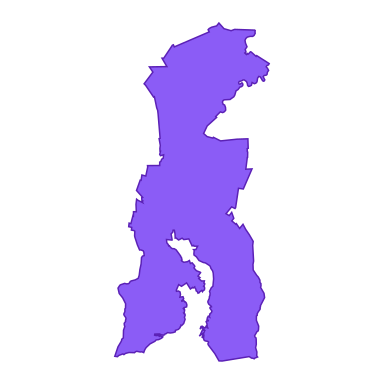 outline of Borosneu Mare, Covasna, Romania
{"feature_id": "2599482B5225346003684", "entity_name": "Borosneu Mare", "entity_type": "district", "adm_level": 2, "iso_a3": "ROU", "parent_name": "Romania", "parent_adm1": "Covasna", "projection": "orthographic", "projection_center": [26.017, 45.82], "detail": "fine", "context": "isolated", "style": "filled", "palette": "violet", "viewbox_px": 384, "rotation_deg": 0, "n_neighbors": 0, "source": "geoboundaries", "source_scale": "gbopen_adm2", "svg_char_len": 6038}
<svg xmlns="http://www.w3.org/2000/svg" viewBox="0 0 384 384"><path d="M269.2,63.6L256.7,55.6L256.1,56.4L251.2,52.0L250.4,51.8L248.5,53.9L247.8,54.2L247.2,53.5L246.4,54.5L244.8,53.0L246.0,52.0L245.2,49.4L247.0,46.8L245.5,43.1L245.0,40.4L245.8,38.5L247.3,37.1L250.0,36.4L252.7,36.4L254.1,35.4L255.2,33.3L255.0,31.9L255.2,30.6L254.7,30.1L234.6,29.4L231.1,30.7L224.0,28.7L218.9,23.0L216.6,25.9L211.6,27.2L209.2,28.5L208.1,29.7L209.2,31.9L174.3,46.9L173.4,44.8L172.4,45.2L163.8,58.1L162.0,58.2L166.9,66.6L149.4,66.9L152.9,72.1L144.1,83.8L145.6,85.3L153.6,97.1L154.4,96.7L156.7,107.8L157.7,110.5L158.1,114.1L160.1,138.3L159.1,138.6L160.3,145.4L159.9,148.5L160.0,151.2L160.5,151.2L159.7,154.4L160.5,155.7L163.6,154.8L163.2,158.2L161.7,159.2L160.8,161.5L159.7,162.1L159.7,165.5L147.5,165.6L147.7,167.0L145.8,176.0L141.9,175.0L141.1,180.3L140.2,180.1L136.5,190.5L142.6,197.3L141.7,197.6L141.9,200.3L142.8,200.9L141.9,201.4L142.6,202.6L138.0,200.3L136.6,199.2L136.0,204.3L136.3,211.7L133.5,211.7L133.4,215.8L133.0,215.4L130.9,223.6L129.1,223.1L128.7,226.7L131.7,227.4L131.4,230.1L134.1,230.6L134.8,231.2L134.6,235.8L134.8,236.9L137.4,244.9L139.6,250.0L140.8,249.9L143.2,250.8L143.8,252.1L144.2,255.6L142.5,256.1L141.5,257.6L141.1,263.9L139.9,269.5L139.2,275.3L138.2,278.3L135.2,279.9L131.3,280.9L130.2,281.5L129.3,283.1L128.4,283.7L126.7,283.9L124.6,283.4L120.7,284.7L119.9,285.2L118.0,288.1L119.2,293.5L122.7,297.9L125.6,303.7L125.5,308.1L124.9,308.9L124.9,311.5L123.8,314.1L124.2,315.4L125.7,317.5L126.0,318.8L125.5,320.2L125.6,321.4L124.2,323.3L124.3,325.0L124.8,326.5L123.5,330.2L123.3,337.9L121.7,339.3L121.7,340.1L121.2,341.4L118.0,346.8L114.8,356.3L117.5,356.7L118.7,355.5L122.9,353.9L123.9,354.6L125.5,353.4L129.0,352.5L134.5,352.7L135.6,351.7L136.8,351.3L140.2,352.0L141.9,351.8L143.7,352.6L144.8,349.7L146.1,347.6L150.0,343.9L154.9,341.3L156.2,339.9L158.7,339.6L160.8,338.6L162.6,337.4L162.8,336.5L161.5,336.6L160.3,335.8L159.3,336.4L158.9,335.9L159.3,335.2L156.5,335.6L155.7,335.2L155.2,335.5L154.6,335.2L154.8,334.1L159.4,333.9L161.6,334.9L163.5,335.0L164.6,334.8L165.1,333.9L166.3,333.6L167.5,332.6L170.2,333.0L173.1,332.6L175.3,331.8L175.4,330.4L178.5,329.3L180.1,327.6L180.0,327.2L181.1,325.7L181.0,325.3L181.7,325.5L183.7,323.5L185.1,319.3L184.4,317.2L185.1,315.6L185.0,314.1L184.2,313.8L183.7,313.0L184.2,312.9L184.6,310.1L184.3,309.9L184.6,309.8L184.2,308.7L183.4,308.3L184.1,307.6L186.6,306.9L186.9,305.0L186.3,303.0L185.4,301.9L184.9,302.0L183.8,300.6L181.9,301.2L181.8,300.6L183.0,299.7L183.7,298.7L183.0,296.7L179.9,297.2L180.5,294.4L180.0,291.9L178.4,291.0L176.5,291.3L176.3,290.2L178.7,284.6L181.5,286.3L186.6,282.9L190.4,289.0L192.5,287.4L193.1,288.0L194.7,286.9L194.9,287.9L195.9,289.2L196.1,290.8L197.2,291.5L198.0,293.2L199.4,292.6L199.5,292.0L201.8,290.4L202.5,291.7L203.3,290.5L204.4,289.9L204.7,288.1L204.3,286.7L203.6,286.3L204.6,284.7L204.7,283.6L203.9,283.1L204.4,280.9L201.5,281.0L198.8,278.6L200.0,277.6L198.0,276.1L200.6,272.6L200.4,272.3L196.4,270.7L194.1,268.1L194.0,267.6L194.8,266.5L194.5,265.6L192.1,262.8L190.4,263.5L189.4,260.5L187.4,261.7L183.8,262.3L181.6,260.9L181.4,260.3L182.0,259.9L181.4,257.3L180.6,256.7L180.6,256.0L179.6,254.6L176.1,249.8L174.2,248.7L172.2,248.6L171.1,247.8L169.7,246.3L169.0,246.1L169.2,245.6L168.5,245.4L168.2,244.5L166.8,242.7L166.5,239.5L172.0,240.1L172.1,239.6L171.1,233.9L172.7,232.3L173.1,230.2L174.1,230.1L174.4,230.3L175.0,233.9L175.2,238.1L175.9,237.9L178.6,240.0L182.1,238.2L183.8,239.6L188.8,238.9L192.1,245.9L193.6,245.4L193.8,246.0L194.4,246.2L197.6,246.2L195.9,249.5L193.6,249.6L194.2,250.3L193.9,253.6L194.0,255.0L196.4,256.8L199.0,260.5L203.3,262.5L205.4,262.9L209.6,265.6L210.3,266.5L210.9,268.4L212.6,270.9L213.2,273.0L213.6,278.9L212.9,286.3L211.4,287.6L209.5,291.4L210.1,293.1L209.9,295.6L209.4,296.5L209.3,298.3L207.9,301.3L207.9,302.3L208.7,304.1L211.3,306.3L211.5,306.8L210.0,307.4L210.0,308.3L211.9,311.0L211.5,312.4L209.7,314.1L209.9,314.8L209.1,316.1L209.5,317.0L208.2,316.3L207.4,317.7L207.0,319.7L208.3,320.4L208.3,320.8L206.5,321.1L206.1,321.6L207.0,323.8L207.2,326.8L207.8,327.9L207.3,327.9L206.2,326.1L205.4,327.5L204.8,328.0L202.2,326.2L201.0,326.5L200.1,329.2L201.0,328.0L202.0,327.7L204.8,330.4L204.4,330.7L203.1,329.7L202.5,329.8L200.2,334.9L199.3,336.1L203.9,332.7L201.9,337.8L203.8,336.0L203.5,338.6L204.2,340.3L205.2,340.9L207.8,341.4L208.6,342.1L207.9,343.9L208.4,345.1L214.8,353.6L219.0,360.9L222.2,361.0L249.2,356.6L251.5,358.1L252.8,358.2L254.2,358.8L254.8,358.1L257.6,357.0L256.7,355.7L256.9,352.0L255.6,347.7L256.3,344.4L256.2,339.5L256.0,337.9L254.9,336.9L254.6,335.8L257.0,331.6L258.2,330.9L258.5,329.7L258.7,326.1L256.4,320.4L256.4,316.0L257.2,315.4L257.2,313.8L258.2,311.9L260.0,309.4L260.2,308.5L260.0,308.0L260.5,306.6L260.3,306.0L264.6,297.6L264.0,293.3L260.6,287.4L261.0,285.9L260.9,283.5L260.0,282.6L259.9,280.1L258.3,277.1L256.7,275.3L253.2,270.0L253.0,264.4L253.6,261.1L252.7,245.3L253.2,241.4L249.3,234.7L245.7,229.4L243.0,224.3L239.6,228.4L236.4,223.7L235.9,224.3L231.8,220.9L233.8,218.3L231.7,212.4L229.2,215.6L226.0,213.7L231.6,206.9L235.0,208.5L235.6,207.7L238.5,188.3L243.3,189.0L252.0,168.9L245.8,169.2L247.3,157.4L247.6,157.3L247.7,152.0L247.3,151.6L247.2,148.6L248.2,148.3L247.9,138.8L236.9,139.2L220.6,140.9L213.4,137.3L212.9,138.1L207.1,136.6L203.6,133.5L207.2,125.9L216.6,117.4L215.7,116.5L220.3,111.9L222.7,112.6L224.3,111.8L225.3,110.7L225.7,110.1L225.5,107.4L224.6,105.0L223.2,104.4L222.4,102.1L223.1,100.5L224.3,99.8L230.0,99.5L233.8,96.8L234.8,95.1L236.0,90.9L238.1,89.5L239.9,87.1L241.6,86.6L242.7,85.6L242.9,84.2L242.3,83.0L241.7,82.9L239.9,84.2L239.0,83.9L238.6,82.8L239.2,81.5L241.8,80.8L243.1,79.9L244.4,80.0L246.5,81.6L247.3,83.5L247.6,85.4L248.5,86.4L249.8,86.2L251.4,85.3L252.1,82.5L254.3,83.7L255.6,83.3L256.6,82.5L257.1,81.3L257.6,78.1L258.8,76.4L260.3,76.9L262.5,80.6L263.3,81.2L264.2,81.0L264.8,79.9L263.2,76.7L264.1,75.5L266.1,75.2L267.0,74.5L267.4,72.2L268.6,70.4L267.4,68.1L266.5,67.3L266.2,66.7L266.9,65.6L268.5,64.9L269.2,63.6Z" fill="#8b5cf6" stroke="#5b21b6" stroke-width="1.5"/></svg>